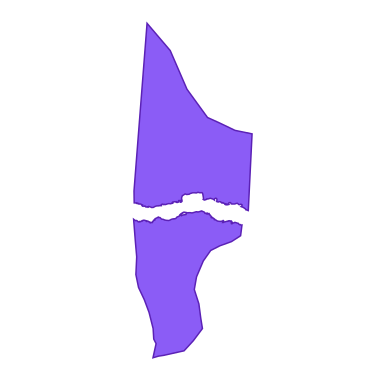 outline of Zemam Out, Al Bahr al Ahmar, Egypt, rotated 92°
{"feature_id": "37247803B6993574009783", "entity_name": "Zemam Out", "entity_type": "district", "adm_level": 2, "iso_a3": "EGY", "parent_name": "Egypt", "parent_adm1": "Al Bahr al Ahmar", "projection": "natural_earth1", "projection_center": [30.77, 28.19], "detail": "fine", "context": "isolated", "style": "filled", "palette": "violet", "viewbox_px": 384, "rotation_deg": 92, "n_neighbors": 0, "source": "geoboundaries", "source_scale": "gbopen_adm2", "svg_char_len": 5917}
<svg xmlns="http://www.w3.org/2000/svg" viewBox="0 0 384 384"><g transform="rotate(92 192 192)"><path d="M193.0,250.0L204.9,249.4L204.9,247.9L204.7,247.0L204.8,246.8L205.0,247.2L205.3,247.1L205.5,246.1L205.4,245.8L205.2,245.7L205.4,245.3L205.3,245.0L205.3,244.9L205.5,244.8L205.7,245.2L205.8,245.1L205.9,244.2L205.8,243.6L205.8,243.1L205.9,242.6L206.0,242.5L206.7,242.0L206.5,241.7L206.6,241.2L206.9,241.4L207.1,241.2L207.8,241.1L208.2,239.9L208.4,239.9L208.0,239.8L207.8,239.7L207.7,239.5L207.9,239.1L207.8,238.7L207.9,238.0L208.0,237.9L208.4,237.9L208.5,237.8L208.6,236.5L208.3,236.1L208.3,235.7L208.7,235.5L208.8,235.4L208.7,235.2L208.1,234.9L207.9,234.7L208.6,232.4L208.9,231.8L208.8,230.3L208.6,229.8L207.8,228.6L207.0,226.4L207.0,226.2L207.2,225.5L206.7,224.4L206.9,223.9L206.7,222.8L206.8,222.2L206.7,222.0L205.8,222.3L205.4,221.8L205.2,221.3L205.2,220.6L205.6,220.0L205.6,219.8L205.4,219.5L205.5,219.1L205.3,218.9L205.5,218.2L205.4,217.8L204.9,216.6L204.4,214.9L204.5,212.7L204.3,212.3L203.8,211.9L203.8,211.6L204.0,211.3L204.0,211.0L203.9,210.8L203.6,210.7L202.8,210.9L202.7,210.5L202.7,210.1L202.3,209.5L202.4,208.8L202.2,207.4L202.3,207.3L202.8,207.4L202.9,207.2L203.0,206.4L202.7,205.8L202.5,205.6L202.1,205.5L202.1,205.4L202.3,205.4L202.6,205.3L202.6,205.2L202.4,205.0L202.3,204.7L202.1,204.8L202.0,205.0L201.6,204.9L201.5,205.0L201.1,205.0L201.2,203.9L200.8,203.6L200.9,203.0L201.0,202.9L201.7,202.8L202.6,202.9L202.6,202.7L202.2,202.2L202.1,202.5L201.8,202.2L201.6,202.5L201.5,202.2L201.4,202.1L201.2,202.5L201.0,202.4L200.9,202.2L201.1,202.0L201.1,201.9L200.9,201.8L200.7,201.7L198.8,202.2L197.8,202.1L196.0,201.5L196.0,201.4L194.6,199.4L194.2,198.8L194.3,198.3L194.6,197.6L194.7,197.0L194.5,196.1L194.4,194.9L193.6,193.7L192.8,191.4L192.7,189.3L192.8,187.7L192.4,186.7L192.1,186.0L192.5,184.1L192.3,182.0L192.8,181.5L193.9,181.1L197.9,180.3L198.5,180.3L198.9,180.6L199.6,179.5L199.4,178.5L199.1,178.1L198.9,177.2L198.7,176.9L198.3,176.8L198.3,176.2L198.4,175.8L197.6,173.4L197.8,172.8L198.3,170.9L198.8,170.0L199.2,169.4L198.8,169.5L198.6,169.4L197.9,169.1L197.5,168.5L197.4,168.0L197.5,167.6L197.7,167.2L198.5,166.8L198.9,166.8L200.7,166.9L200.8,166.5L201.1,165.5L200.7,164.5L200.7,163.8L200.8,163.2L201.0,163.1L201.2,162.5L201.6,162.3L201.8,162.1L202.0,161.5L201.6,161.3L201.5,160.7L201.7,160.4L202.1,160.0L202.3,159.3L202.5,158.9L203.1,158.8L203.3,158.4L202.9,158.0L203.5,157.7L203.4,157.3L203.3,157.1L202.8,156.9L202.8,156.7L202.9,156.1L203.1,155.9L203.1,156.2L203.4,156.2L203.5,156.2L203.3,155.8L203.3,155.0L203.1,154.6L202.6,154.9L201.6,154.8L201.4,154.6L201.2,153.5L201.3,153.1L201.5,152.9L202.5,152.4L202.6,151.7L202.5,151.4L202.6,151.1L202.5,149.0L202.4,148.5L202.0,147.8L201.7,146.4L202.1,145.7L202.9,144.8L203.0,144.3L202.8,143.4L202.5,142.7L202.8,141.9L203.1,141.5L203.5,141.5L204.0,141.7L204.4,141.7L204.9,142.4L205.1,141.9L205.2,141.2L205.9,139.7L206.3,139.2L206.7,138.4L207.5,137.7L208.0,137.4L207.9,136.9L208.4,135.9L208.6,135.1L131.8,134.0L128.9,151.2L122.5,165.8L117.0,179.1L89.5,200.6L51.4,218.7L25.0,242.8L193.0,250.0ZM223.3,140.9L223.5,141.7L223.4,141.9L222.9,142.2L222.9,142.5L223.0,143.3L222.6,143.9L221.7,144.6L221.5,145.7L220.8,148.1L221.2,148.6L221.4,149.1L221.5,149.7L222.2,150.7L222.4,151.1L222.3,151.3L222.2,151.6L221.9,151.6L221.7,151.5L221.6,150.9L221.4,150.7L220.9,150.6L220.8,150.8L221.1,151.0L221.2,151.3L221.2,151.5L220.9,151.6L220.4,151.4L220.3,151.9L219.9,151.8L219.8,152.0L220.0,152.3L220.1,152.6L219.8,152.7L219.6,152.5L219.6,153.2L219.4,153.7L219.4,153.9L219.6,154.5L220.0,154.8L220.0,155.1L219.8,155.2L220.2,155.9L220.1,156.4L220.5,157.4L220.6,157.9L220.8,158.5L220.7,158.9L221.1,159.3L221.3,159.4L221.4,159.8L221.4,160.0L220.9,159.6L220.7,159.6L220.8,159.9L221.0,160.1L221.0,160.3L220.9,160.4L220.7,160.4L220.6,160.1L220.4,160.1L220.1,160.0L219.6,159.6L219.4,159.9L219.9,160.4L220.1,160.8L220.2,161.8L220.4,162.6L220.2,165.3L220.0,165.8L219.1,167.3L219.0,168.1L218.8,168.7L218.3,168.5L217.7,169.3L217.5,169.7L216.9,170.5L217.1,170.7L216.9,171.0L217.0,171.7L216.9,171.9L216.1,171.6L215.5,172.0L215.1,172.8L214.5,173.1L214.1,173.3L213.9,174.0L213.7,174.0L213.6,173.9L213.3,174.2L213.0,174.2L213.1,174.8L212.9,175.1L212.9,175.6L213.5,175.9L213.6,176.2L213.5,176.3L212.6,176.2L212.8,177.6L213.0,177.9L213.0,178.1L212.9,178.3L212.1,178.6L211.7,179.0L211.4,179.7L210.9,181.0L211.0,181.2L210.9,181.4L210.6,181.6L210.7,182.3L211.1,182.7L211.1,183.1L211.6,184.6L211.8,185.5L211.6,186.1L211.6,186.9L211.8,187.8L212.5,189.7L212.5,190.1L212.7,190.4L212.9,191.2L212.9,191.7L212.8,192.2L212.7,193.3L212.8,194.8L213.0,195.6L212.7,196.9L212.4,199.2L212.5,199.6L212.8,200.3L214.2,202.3L215.2,203.3L215.6,203.4L216.5,204.0L216.8,204.4L217.6,206.2L218.6,206.9L219.2,207.7L219.4,209.1L219.6,209.2L219.5,209.9L220.1,211.9L220.6,212.5L221.3,214.2L221.2,216.7L220.9,218.5L220.4,219.5L220.2,220.6L220.3,221.0L220.0,221.7L218.9,222.8L218.6,223.3L218.7,224.7L218.3,224.8L218.5,225.3L218.6,225.5L219.3,226.5L219.9,227.9L220.5,228.2L220.8,228.0L221.5,228.3L221.5,228.7L221.3,229.0L221.7,229.5L222.1,229.5L222.4,229.6L222.8,230.2L223.1,230.2L223.9,230.6L223.7,231.7L224.2,232.0L224.3,232.7L223.5,233.1L223.4,233.4L223.6,233.6L223.5,233.8L223.1,234.2L222.7,234.9L222.7,235.4L222.9,235.9L223.1,236.1L223.0,236.5L222.4,236.3L221.9,238.6L221.9,239.5L222.1,239.9L222.7,240.7L222.4,240.9L223.3,242.1L223.3,243.2L223.6,243.1L223.7,243.5L223.7,244.5L223.5,245.0L222.9,245.6L222.4,246.3L222.6,247.4L222.3,247.8L222.1,248.3L221.3,249.4L244.1,246.8L258.8,245.0L276.5,245.2L289.3,242.1L301.3,235.9L313.9,230.7L329.8,226.1L340.3,225.1L344.8,222.6L359.0,225.2L357.2,219.7L356.2,214.4L352.1,198.7L351.0,194.4L340.6,185.5L328.1,176.8L318.0,178.8L303.6,181.2L289.4,186.3L276.6,184.5L260.5,178.3L249.8,171.3L244.8,162.3L240.2,150.8L234.0,141.9L223.3,140.9ZM216.1,201.9L215.2,203.1L212.7,199.6L212.8,196.8L214.7,197.2L215.3,200.3L216.1,201.9Z" fill="#8b5cf6" stroke="#5b21b6" stroke-width="1.5"/></g></svg>